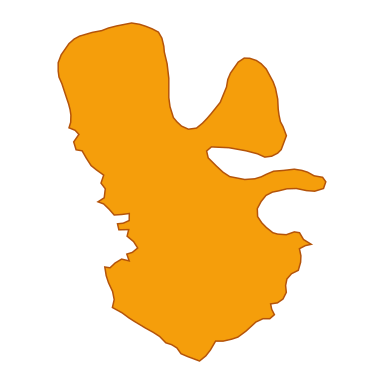 Cruzeiro do Iguaçu, Paraná, Brazil
{"feature_id": "56859067B4540369409073", "entity_name": "Cruzeiro do Iguaçu", "entity_type": "district", "adm_level": 2, "iso_a3": "BRA", "parent_name": "Brazil", "parent_adm1": "Paraná", "projection": "mercator", "projection_center": [-53.122, -25.597], "detail": "fine", "context": "isolated", "style": "filled", "palette": "amber", "viewbox_px": 384, "rotation_deg": 0, "n_neighbors": 0, "source": "geoboundaries", "source_scale": "gbopen_adm2", "svg_char_len": 2184}
<svg xmlns="http://www.w3.org/2000/svg" viewBox="0 0 384 384"><path d="M112.4,307.5L122.2,312.9L128.8,317.8L134.4,321.4L145.0,327.8L153.0,332.2L159.7,336.5L165.8,342.8L171.5,344.6L176.9,347.9L181.0,353.7L187.5,356.5L199.5,361.0L205.8,355.9L210.4,350.0L215.6,341.1L223.2,341.1L231.6,339.2L237.9,337.1L246.0,331.1L255.9,322.0L263.0,318.7L269.8,318.7L274.4,314.7L271.7,309.3L270.6,303.9L277.4,302.9L283.0,299.0L286.3,292.4L285.6,285.5L286.9,279.0L291.5,273.7L298.3,270.3L300.6,262.2L300.9,255.8L299.4,248.7L305.4,245.6L311.2,244.3L303.5,239.5L299.5,232.7L294.3,231.9L286.3,234.7L277.6,234.1L272.8,232.7L266.2,227.4L261.8,222.9L257.6,216.6L257.3,208.6L261.1,201.5L266.0,195.4L272.4,192.1L278.5,190.9L286.9,188.8L296.4,188.5L306.5,190.6L314.7,191.2L323.5,188.5L325.8,181.8L322.6,177.3L314.1,175.8L307.6,172.2L301.9,170.4L294.3,169.2L283.9,170.4L273.6,171.2L266.3,174.3L261.3,176.8L254.8,178.8L244.7,179.5L229.7,176.6L223.0,172.2L216.1,165.8L208.2,157.9L206.6,151.0L211.4,146.9L228.9,147.7L246.0,150.8L257.5,153.8L264.8,157.1L271.7,156.2L277.6,153.2L281.2,149.6L286.4,135.7L283.0,126.6L280.4,121.7L279.0,115.1L278.2,109.1L277.7,99.1L275.5,88.3L273.1,81.8L266.2,69.0L261.1,63.7L256.4,60.5L249.8,58.3L244.2,58.1L238.2,62.1L230.5,73.1L227.8,79.5L226.5,87.1L220.2,102.4L211.4,113.4L207.1,118.4L202.5,123.2L196.5,128.1L188.4,129.2L181.5,126.1L176.9,121.8L173.4,117.6L170.0,106.7L168.8,97.6L168.8,78.3L167.1,63.8L164.3,52.0L163.8,46.3L161.9,38.2L158.4,32.1L152.1,28.8L145.8,26.3L139.6,24.3L131.6,23.0L116.8,25.9L108.5,28.0L101.8,30.6L92.3,32.4L79.6,36.1L74.2,39.0L69.0,43.6L61.2,54.8L58.2,62.7L58.2,71.1L59.0,77.1L61.9,83.7L66.4,97.4L68.6,103.9L70.1,109.7L70.9,115.1L70.7,122.3L69.0,127.8L75.1,130.3L78.9,134.4L73.7,141.9L76.1,149.8L82.1,150.8L86.4,158.3L91.1,165.6L96.3,169.8L103.7,175.1L101.0,183.1L105.3,188.8L104.2,197.8L98.0,201.8L103.6,203.9L109.1,209.2L114.2,215.0L121.6,214.5L129.3,213.5L129.2,220.5L123.2,223.2L117.5,223.8L118.9,229.8L128.7,229.6L127.1,236.2L133.6,241.6L137.7,248.0L132.3,252.4L126.8,254.1L129.2,260.9L121.6,259.1L115.1,263.0L110.0,267.8L104.8,267.0L106.2,275.7L108.5,282.7L112.6,291.5L114.2,299.6L112.4,307.5Z" fill="#f59e0b" stroke="#b45309" stroke-width="1.5"/></svg>